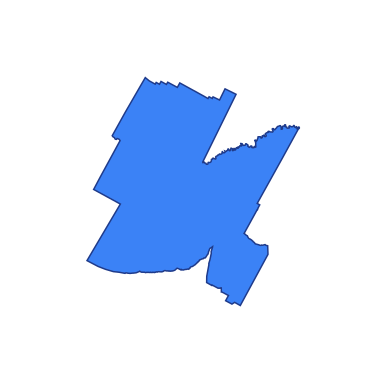 Pilar, Buenos Aires, Argentina (Albers equal-area conic projection), rotated 61°
{"feature_id": "61730980B18176537921134", "entity_name": "Pilar", "entity_type": "district", "adm_level": 2, "iso_a3": "ARG", "parent_name": "Argentina", "parent_adm1": "Buenos Aires", "projection": "albers", "projection_center": [-58.875, -34.443], "detail": "fine", "context": "isolated", "style": "filled", "palette": "blue", "viewbox_px": 384, "rotation_deg": 61, "n_neighbors": 0, "source": "geoboundaries", "source_scale": "gbopen_adm2", "svg_char_len": 5975}
<svg xmlns="http://www.w3.org/2000/svg" viewBox="0 0 384 384"><g transform="rotate(61 192 192)"><path d="M278.3,223.1L283.3,220.0L283.0,219.6L288.7,215.9L290.1,213.4L289.5,212.6L293.7,214.8L293.9,214.4L300.2,210.3L303.4,215.3L309.4,211.4L309.2,208.2L314.7,204.8L283.4,155.8L275.2,151.6L275.5,152.0L275.4,152.2L275.1,152.4L274.9,152.8L274.2,153.4L273.6,153.5L273.4,153.6L273.1,154.8L273.1,155.0L272.6,156.5L272.1,156.9L272.1,157.1L272.2,157.3L272.1,157.7L271.1,158.9L270.7,159.0L268.1,161.7L267.7,161.9L266.8,161.9L266.1,162.2L265.8,162.2L265.4,162.5L265.2,162.6L264.4,162.6L264.0,162.9L263.3,163.0L261.4,163.9L260.8,164.5L259.9,164.9L258.7,165.0L257.2,164.8L256.5,165.3L254.9,166.0L253.9,166.2L253.5,166.5L239.1,143.6L239.3,143.4L237.8,141.7L236.1,139.0L233.6,140.5L206.1,96.4L188.8,69.0L188.7,69.0L188.3,67.4L188.1,67.1L187.7,66.9L187.1,66.9L186.9,67.1L187.2,68.0L187.8,68.8L187.9,69.3L187.8,69.5L187.5,69.5L186.6,68.9L185.8,68.8L185.5,69.0L185.5,69.3L186.0,69.7L186.0,69.9L185.9,70.2L185.0,70.7L183.7,70.4L183.2,70.6L183.2,71.0L183.7,71.9L183.6,72.4L183.0,73.6L181.7,74.3L181.4,74.8L181.6,75.3L181.9,75.6L182.9,75.7L183.1,75.8L183.0,76.3L182.7,77.0L182.4,77.7L181.8,77.9L181.0,77.7L180.2,78.7L180.0,78.8L179.5,78.1L179.0,77.7L178.6,77.7L178.4,77.8L178.3,78.0L178.2,78.3L178.9,79.7L178.5,80.8L178.5,81.0L178.9,81.4L180.2,82.0L180.6,82.4L180.7,82.8L180.4,83.5L180.1,83.4L179.0,82.7L177.5,82.5L176.9,82.5L176.6,82.9L176.4,84.7L176.2,85.3L176.4,86.1L177.0,87.2L177.1,87.9L177.7,89.3L177.6,89.6L177.3,89.9L176.1,90.0L175.7,90.6L175.7,91.1L175.8,91.3L176.2,91.4L178.1,91.6L178.4,91.9L178.6,92.4L178.5,92.7L178.0,93.4L177.3,94.6L176.3,95.2L176.0,95.7L176.0,96.2L176.7,96.4L176.8,96.5L176.4,97.9L176.5,99.2L176.7,99.7L178.5,99.7L178.8,99.8L179.2,100.4L179.2,100.7L178.9,101.4L178.7,101.5L177.5,101.3L177.3,101.3L177.1,101.5L177.2,101.9L177.5,102.1L177.6,102.4L177.5,102.7L177.0,103.1L177.1,103.5L177.8,103.7L178.4,104.2L178.5,104.4L178.4,105.2L178.1,105.5L177.2,105.2L176.7,105.6L176.0,106.9L175.8,107.5L177.0,108.4L177.4,109.0L178.4,110.1L178.5,110.4L177.4,111.3L177.2,111.7L177.4,112.2L177.7,112.3L178.8,111.6L179.0,111.6L179.4,112.4L180.4,112.7L181.5,113.4L183.4,114.3L183.6,114.5L183.4,115.1L183.2,115.1L182.7,115.0L182.4,115.3L182.4,115.6L183.0,116.1L183.2,116.5L182.6,117.4L182.4,117.9L181.9,118.1L181.3,117.5L180.9,117.5L180.7,117.6L180.3,118.3L180.3,118.5L180.3,118.8L180.8,119.7L180.8,120.1L180.6,120.3L179.1,121.0L178.8,120.9L178.3,120.3L178.0,120.3L176.1,121.2L175.9,121.7L176.5,122.4L176.8,123.0L176.5,123.8L176.2,124.4L176.0,124.6L174.0,124.8L173.6,125.3L173.2,125.9L173.5,126.1L173.9,126.1L175.3,126.0L175.7,126.3L175.6,126.7L174.9,127.4L174.8,127.6L174.8,127.8L175.3,128.4L175.6,128.8L175.5,129.1L174.9,129.7L175.0,130.1L175.8,130.2L176.0,130.3L176.0,130.7L175.9,130.9L175.1,131.3L174.8,131.6L174.9,131.9L175.2,132.6L176.0,133.1L176.2,133.4L176.2,134.0L176.1,134.3L175.6,134.5L175.0,133.9L174.6,133.9L174.3,134.1L174.4,134.5L175.6,135.6L175.7,136.2L175.5,136.4L175.2,136.5L175.0,136.4L174.8,135.6L174.3,135.5L173.9,135.6L172.8,136.3L172.6,136.7L172.9,137.0L173.8,137.8L174.3,138.7L174.3,138.9L174.1,139.2L173.8,139.3L172.7,139.1L172.1,139.2L171.9,139.5L171.9,139.9L172.6,140.4L172.8,140.7L172.7,141.4L173.0,142.3L172.8,142.9L172.1,143.4L172.8,143.5L173.2,143.8L173.4,144.4L173.1,145.3L172.8,145.6L171.5,145.8L171.5,146.2L172.7,147.0L173.0,147.3L173.0,147.5L172.8,148.9L172.2,149.3L172.1,149.7L172.5,150.4L172.2,151.4L172.6,151.9L172.6,152.5L172.5,153.6L172.6,154.0L172.9,154.4L174.0,154.6L174.5,155.1L174.6,155.4L174.3,155.8L172.6,157.1L172.6,157.6L173.1,157.9L173.2,158.2L172.9,158.8L172.9,159.2L173.9,159.8L174.5,160.4L174.9,161.2L174.9,162.2L174.1,163.1L174.0,163.5L174.3,163.8L175.2,164.5L175.2,165.1L174.7,166.0L173.7,165.9L173.3,166.2L172.8,166.8L172.6,166.9L171.8,166.8L171.7,166.9L171.5,167.2L171.7,167.9L171.6,168.2L171.0,168.1L127.9,106.1L117.8,113.1L124.9,123.3L119.0,127.5L120.0,128.9L117.0,130.9L118.0,132.7L113.7,135.3L90.7,149.8L93.4,154.1L84.2,160.0L85.5,162.2L80.3,165.5L82.0,168.2L78.8,170.2L79.8,171.9L74.1,175.5L69.3,177.4L89.7,211.4L104.1,234.5L105.3,234.4L106.9,233.5L108.1,233.6L108.7,233.4L109.3,232.7L109.3,232.3L108.9,231.8L108.9,231.6L109.4,231.0L110.7,230.1L112.2,230.0L121.3,244.3L134.1,264.5L142.1,276.8L167.8,260.5L201.1,317.1L211.6,310.2L217.6,305.2L223.5,299.4L226.8,294.7L230.7,290.0L230.7,289.8L230.6,289.6L230.6,289.3L230.9,288.7L231.1,288.3L232.1,287.3L232.6,286.4L233.2,285.7L233.3,285.3L233.6,284.6L234.1,283.4L234.6,282.4L235.5,280.2L235.7,279.4L235.7,278.8L236.0,276.8L235.9,276.4L235.9,276.1L236.8,275.7L237.7,275.0L238.1,274.2L238.4,273.8L239.0,272.6L240.0,271.7L240.3,270.6L241.3,268.8L242.1,267.7L242.2,267.4L242.1,267.2L242.9,266.3L243.0,266.0L243.3,265.4L243.2,265.3L243.6,264.7L244.1,263.7L244.4,263.6L244.4,262.8L244.6,262.5L244.6,261.8L245.1,261.3L245.3,260.9L245.2,260.5L245.5,259.9L245.6,259.6L246.2,258.8L247.1,257.3L247.4,256.4L247.4,255.6L247.5,255.5L247.4,254.5L247.6,253.7L248.6,252.7L249.3,251.3L249.6,251.2L249.7,250.8L250.1,250.4L250.2,249.9L250.6,249.6L251.2,248.4L251.3,247.7L251.7,247.3L252.1,244.9L251.7,243.3L251.6,242.5L251.4,242.1L251.5,241.9L252.7,240.8L253.5,240.4L253.8,240.0L254.4,239.8L254.3,239.4L254.6,238.8L255.1,238.9L255.4,238.5L255.6,237.8L256.1,237.2L256.2,236.3L256.5,235.4L256.9,234.6L257.2,233.6L257.3,233.2L257.5,232.7L258.0,232.3L258.0,232.1L257.5,231.3L257.6,230.6L257.2,230.4L257.0,229.9L257.0,228.8L257.3,228.0L257.3,226.5L257.1,225.5L257.2,224.7L257.0,224.4L256.7,222.8L256.4,222.2L256.4,221.4L256.0,221.1L256.1,220.4L255.8,219.8L255.8,219.5L255.6,218.8L255.2,218.6L255.1,218.3L255.1,217.8L255.3,217.3L255.3,216.1L255.8,214.5L255.5,214.0L255.7,213.6L255.6,213.1L256.0,212.5L256.0,212.1L255.0,210.2L254.4,209.2L254.3,208.5L253.8,208.0L253.4,207.4L252.2,206.5L251.7,205.7L250.6,204.5L250.0,203.6L249.9,201.0L249.8,200.5L250.1,200.7L253.5,204.2L254.9,204.8L260.0,209.2L262.6,211.9L263.9,212.6L272.9,220.0L278.3,223.1Z" fill="#3b82f6" stroke="#1e3a8a" stroke-width="1.5"/></g></svg>